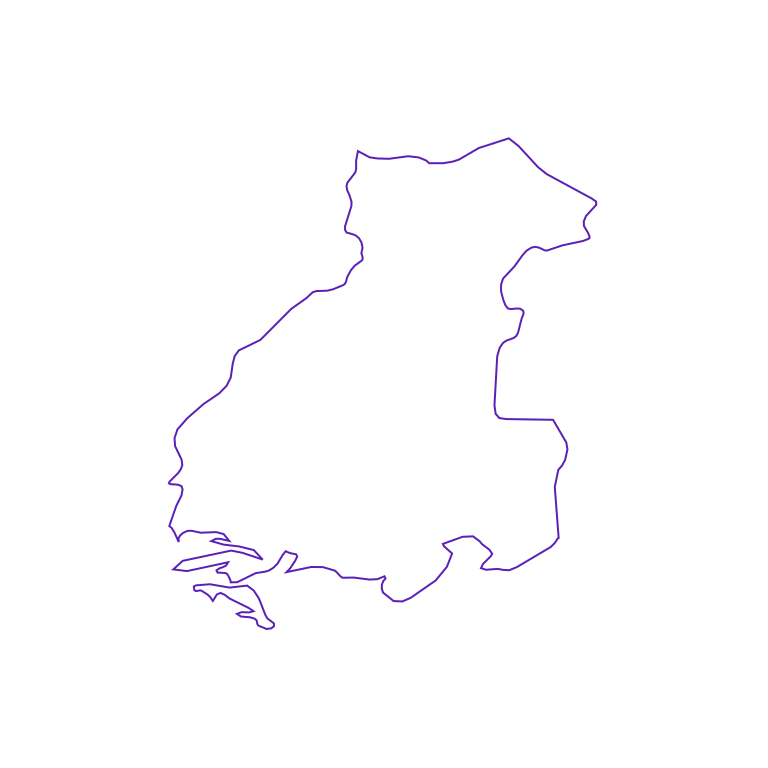 SVG path tracing the border of Uppsala, rotated 155°
{"feature_id": "SWE-195", "entity_name": "Uppsala", "entity_type": "County", "adm_level": 1, "iso_a3": "SWE", "parent_name": "Sweden", "parent_adm1": "", "projection": "equal_earth", "projection_center": [17.867, 60.017], "detail": "fine", "context": "isolated", "style": "outline", "palette": "violet", "viewbox_px": 768, "rotation_deg": 155, "n_neighbors": 0, "source": "natural_earth", "source_scale": "10m", "svg_char_len": 3371}
<svg xmlns="http://www.w3.org/2000/svg" viewBox="0 0 768 768"><g transform="rotate(155 384 384)"><path d="M290.8,170.6L291.9,170.5L296.5,167.7L301.8,165.8L341.0,161.9L349.2,162.3L354.8,165.3L359.1,168.4L370.0,172.5L373.9,176.1L370.3,179.1L359.8,182.9L357.7,184.4L358.6,189.5L362.8,197.3L363.8,201.1L367.7,208.3L377.3,212.3L398.2,214.2L398.2,211.7L393.9,201.6L404.3,191.7L420.2,184.1L450.4,178.9L459.3,179.2L467.0,183.2L473.0,195.3L472.5,199.5L470.7,203.0L468.1,205.6L464.8,207.1L464.8,209.5L472.5,209.9L479.8,212.9L493.3,221.4L503.4,225.9L504.7,228.0L506.5,233.7L507.5,235.7L516.7,243.8L527.2,248.9L551.8,254.7L546.9,256.6L539.4,261.2L535.6,264.2L535.6,266.8L539.8,269.8L541.8,271.7L543.8,274.0L548.5,271.6L556.4,266.2L562.0,264.2L567.0,263.6L570.8,264.1L580.3,266.8L600.8,266.4L606.7,269.0L606.3,270.1L606.1,272.9L606.2,276.2L606.7,278.8L608.0,279.9L614.6,283.5L614.6,285.9L611.0,286.5L607.4,286.1L603.9,286.2L600.6,288.3L641.6,297.7L653.3,305.0L641.1,308.8L592.9,297.6L583.6,290.8L568.1,276.1L572.2,288.5L583.8,297.9L597.2,306.2L606.9,314.6L601.8,314.8L597.9,312.9L590.6,307.2L592.7,315.7L598.7,320.7L613.0,326.7L620.3,332.2L624.3,334.0L629.2,333.9L632.8,332.9L635.5,331.0L636.6,328.1L636.8,327.5L636.7,338.1L637.3,343.3L638.6,346.0L623.8,361.3L614.6,368.6L611.1,373.6L610.7,376.9L612.8,379.4L615.6,381.2L618.2,382.5L620.1,383.7L620.9,384.9L619.5,386.2L608.2,390.3L604.2,392.6L601.1,395.7L599.4,401.1L599.6,416.0L596.7,423.5L590.3,430.2L576.5,436.2L556.1,442.1L537.2,445.2L527.4,448.9L520.2,454.6L512.4,466.5L507.5,472.4L501.4,475.8L477.4,476.2L436.3,491.3L418.3,494.6L409.7,497.3L406.0,496.8L396.1,492.6L390.3,491.4L380.0,490.9L377.5,491.1L375.3,492.7L371.8,496.8L371.7,496.8L365.9,501.1L360.8,503.5L354.5,504.8L352.0,505.2L350.4,506.4L349.7,508.6L349.2,512.2L345.9,516.4L344.6,521.9L345.1,526.8L346.7,530.3L349.0,532.9L353.9,537.1L354.2,539.8L352.9,543.1L338.4,559.0L336.4,562.9L336.1,565.5L335.5,569.7L335.5,574.7L334.5,578.9L332.3,581.8L320.8,587.8L318.6,590.2L314.9,598.2L309.2,606.1L301.2,595.5L294.5,591.1L284.3,586.0L265.8,580.2L256.7,574.6L251.4,568.8L250.3,566.4L249.9,565.2L248.5,564.4L236.8,559.0L227.7,556.5L221.2,555.7L198.3,557.8L167.1,553.9L164.4,548.6L161.5,542.9L152.7,515.3L147.8,505.4L117.4,464.4L114.7,459.7L115.9,456.7L129.9,450.9L134.1,447.1L136.0,442.8L135.2,434.6L135.3,431.3L136.2,429.3L138.6,429.2L143.1,429.5L163.5,434.2L180.1,436.1L182.0,437.4L186.0,442.2L189.0,444.4L192.8,445.3L198.4,444.6L203.8,442.3L216.2,435.4L231.6,429.2L235.8,424.7L238.7,418.7L240.3,410.1L240.7,404.0L239.8,400.1L237.2,398.2L232.5,396.6L228.9,394.8L226.9,391.7L227.4,389.7L228.1,388.4L231.6,385.1L240.9,373.8L243.8,371.6L247.1,370.9L254.8,371.6L258.8,370.9L263.9,367.9L269.6,361.4L292.9,318.0L295.4,309.8L293.9,304.4L288.1,300.6L245.9,280.1L243.5,253.9L245.4,247.1L252.0,238.6L257.2,234.8L262.3,232.5L272.7,218.6L290.8,170.6ZM636.9,274.0L638.3,274.8L640.3,275.3L642.2,276.0L643.0,277.4L641.9,280.9L639.3,280.9L626.4,276.1L609.9,264.7L593.2,259.1L589.3,251.7L588.0,242.3L589.1,225.0L588.8,221.0L585.0,213.6L586.0,211.0L589.4,210.2L594.2,211.7L595.6,213.5L598.9,216.9L600.2,218.8L600.2,220.1L599.7,221.8L599.4,223.8L600.3,225.9L604.0,229.2L611.9,233.7L614.4,237.8L609.5,237.4L602.6,233.9L598.3,233.3L601.2,238.1L614.5,254.7L617.5,260.3L620.4,263.7L624.4,263.9L630.8,259.7L631.6,264.6L633.0,267.9L636.9,274.0Z" fill="none" stroke="#5b21b6" stroke-width="2"/></g></svg>